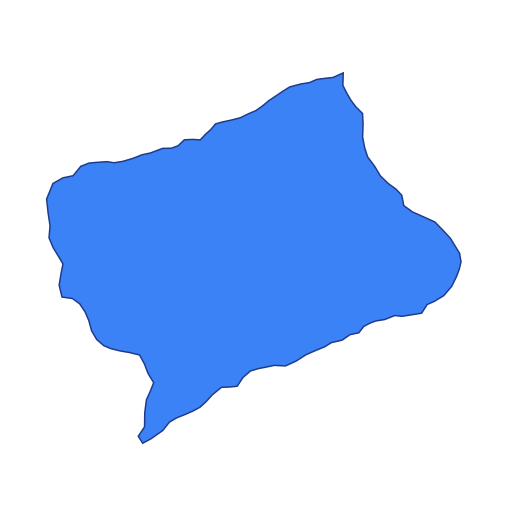 outline of Heliodora, Minas Gerais, Brazil, rotated 171°
{"feature_id": "56859067B59124284562454", "entity_name": "Heliodora", "entity_type": "district", "adm_level": 2, "iso_a3": "BRA", "parent_name": "Brazil", "parent_adm1": "Minas Gerais", "projection": "equal_earth", "projection_center": [-45.541, -22.046], "detail": "fine", "context": "isolated", "style": "filled", "palette": "blue", "viewbox_px": 512, "rotation_deg": 171, "n_neighbors": 0, "source": "geoboundaries", "source_scale": "gbopen_adm2", "svg_char_len": 1725}
<svg xmlns="http://www.w3.org/2000/svg" viewBox="0 0 512 512"><g transform="rotate(171 256 256)"><path d="M141.2,423.2L152.0,420.3L160.4,420.7L168.2,420.9L176.2,418.9L184.7,418.9L196.3,417.7L203.8,414.5L210.9,411.2L219.3,407.3L226.3,403.1L233.4,399.6L241.1,397.7L249.9,395.0L258.2,394.2L268.7,393.6L275.3,392.8L281.1,387.8L286.9,384.1L292.9,379.4L300.0,381.0L308.6,382.0L315.7,377.1L322.5,375.7L331.5,376.9L344.0,374.3L352.8,373.8L362.1,371.7L373.0,370.3L381.7,370.3L388.4,372.5L398.8,373.4L406.5,373.9L415.0,372.0L424.1,363.9L434.5,363.4L445.2,359.4L453.9,345.0L454.6,331.1L454.7,318.1L457.6,306.3L455.0,295.9L450.9,285.9L447.9,278.3L451.3,269.2L455.0,258.0L454.0,245.8L443.9,242.7L437.6,236.3L433.5,227.4L431.2,218.2L430.1,207.9L426.4,198.4L420.3,191.2L413.6,187.1L404.8,183.4L395.9,180.4L386.5,176.4L383.1,166.9L381.0,156.9L376.9,146.9L381.6,138.9L386.7,131.2L390.4,118.6L392.8,104.7L400.5,96.4L397.2,88.8L388.1,92.0L375.3,98.3L367.6,105.4L359.9,108.5L351.1,110.5L343.0,112.6L335.0,115.4L328.3,119.8L320.8,125.8L310.7,131.7L302.3,130.7L295.0,130.3L287.8,138.1L279.5,143.3L271.4,144.4L263.0,144.7L254.9,145.1L244.1,142.8L232.7,146.0L222.3,150.6L212.4,153.2L202.3,155.6L195.3,158.6L183.9,159.5L175.5,163.6L166.4,164.1L160.7,169.5L154.2,171.8L148.0,173.1L138.9,173.1L128.2,175.5L121.3,173.6L111.6,173.6L101.4,173.6L94.5,181.3L86.7,183.4L76.7,187.5L67.5,195.4L61.2,204.3L57.4,211.0L54.4,218.2L54.5,226.8L58.1,235.5L61.2,243.0L66.6,251.1L73.9,261.5L83.4,267.8L94.5,275.0L102.2,282.7L102.5,293.1L107.0,299.8L114.3,307.2L120.7,315.8L124.8,326.1L130.2,336.3L131.7,345.5L132.1,356.7L129.5,370.3L128.5,380.1L134.1,387.8L137.9,395.0L140.9,402.8L143.5,410.9L141.2,423.2Z" fill="#3b82f6" stroke="#1e3a8a" stroke-width="1.5"/></g></svg>